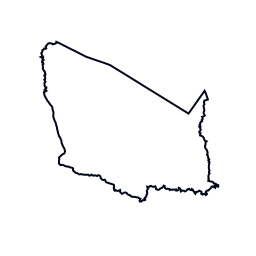 Dom Aquino, Mato Grosso, Brazil (Natural Earth projection), rotated 282°
{"feature_id": "56859067B91387591402310", "entity_name": "Dom Aquino", "entity_type": "district", "adm_level": 2, "iso_a3": "BRA", "parent_name": "Brazil", "parent_adm1": "Mato Grosso", "projection": "natural_earth1", "projection_center": [-54.834, -15.673], "detail": "fine", "context": "isolated", "style": "outline", "palette": "ink", "viewbox_px": 256, "rotation_deg": 282, "n_neighbors": 0, "source": "geoboundaries", "source_scale": "gbopen_adm2", "svg_char_len": 4932}
<svg xmlns="http://www.w3.org/2000/svg" viewBox="0 0 256 256"><g transform="rotate(282 128 128)"><path d="M147.3,39.0L146.3,38.6L145.3,38.3L144.1,38.9L143.0,39.4L142.1,39.9L141.2,40.6L140.3,41.4L139.2,42.5L138.1,43.2L137.1,44.6L136.3,45.5L135.6,46.1L134.9,46.9L134.3,47.6L133.7,48.6L132.7,49.5L131.6,50.0L130.5,50.4L129.7,50.8L128.9,51.2L128.0,51.7L127.0,52.1L125.8,52.2L124.6,52.3L123.7,52.5L122.1,53.4L121.0,54.0L119.9,54.7L118.4,55.9L117.4,56.5L116.0,57.1L115.2,57.5L114.4,58.1L113.5,58.5L112.6,58.7L111.9,59.1L111.0,59.6L110.1,59.9L108.1,60.9L106.9,61.6L105.8,62.1L104.3,63.8L102.8,64.6L101.7,65.5L100.6,65.9L99.7,66.1L98.9,66.6L98.2,67.2L96.7,68.1L95.8,69.0L94.7,69.9L93.7,70.5L92.8,71.0L91.8,71.2L90.7,71.2L89.4,70.6L88.8,69.5L84.7,66.6L83.9,67.2L82.4,67.2L81.2,67.3L80.0,67.8L78.9,67.8L77.7,69.7L78.2,71.2L78.3,72.1L78.0,73.5L77.6,74.9L77.6,76.3L77.9,77.4L77.5,78.8L77.5,79.9L77.5,80.9L77.4,82.1L76.8,82.8L75.5,82.9L74.4,83.8L74.0,85.0L73.5,85.7L73.1,86.5L73.3,87.7L72.8,89.1L72.5,90.3L73.1,91.5L73.1,92.5L73.1,93.5L73.2,94.9L73.4,96.0L73.6,97.2L74.1,98.5L73.4,99.7L73.7,101.0L74.8,101.8L74.5,102.8L74.1,103.9L74.6,104.8L74.8,106.3L74.6,107.7L75.4,108.3L75.7,109.8L75.1,110.8L74.3,111.4L73.1,111.9L72.6,112.7L72.1,113.5L72.0,114.6L72.6,116.1L71.5,117.1L70.5,117.6L70.2,118.9L70.3,120.1L69.9,121.3L70.0,122.7L69.7,124.2L69.7,125.2L69.3,126.1L67.8,126.6L66.3,126.5L65.4,127.1L64.5,127.3L64.0,128.1L64.8,128.4L64.3,129.7L64.3,130.8L64.9,132.3L65.6,133.2L64.6,133.4L63.7,133.7L63.0,134.7L62.4,135.8L63.0,136.8L64.0,137.7L64.4,138.8L64.2,140.1L63.3,141.0L62.8,142.2L62.7,143.2L62.6,144.1L61.9,144.8L61.7,145.9L61.6,147.2L62.1,148.7L62.0,150.0L62.0,151.2L62.2,152.1L61.6,153.4L61.4,154.8L60.3,154.5L59.2,154.4L58.6,154.9L58.8,156.2L59.7,156.8L60.6,157.6L60.7,158.9L61.2,159.8L62.1,159.6L62.6,158.7L63.5,159.2L64.6,160.0L65.8,160.2L66.7,159.9L67.8,160.5L68.9,160.2L69.9,159.6L71.1,159.6L72.3,160.1L73.4,159.6L74.5,159.1L74.2,160.6L75.5,161.2L76.1,162.6L75.6,164.3L75.9,165.6L76.7,166.7L75.9,167.4L75.0,167.7L74.1,168.1L73.8,169.7L73.9,170.9L74.8,171.6L76.1,172.9L76.8,173.9L77.9,174.7L79.0,174.9L78.9,175.9L77.8,176.1L77.0,176.7L76.4,178.0L76.8,179.7L76.9,181.2L76.0,181.7L76.7,182.8L76.7,184.0L77.2,184.9L77.3,186.3L77.9,187.7L76.8,188.2L77.3,189.7L78.3,190.1L79.1,190.2L80.0,190.1L79.8,191.1L78.9,192.2L77.8,192.4L76.9,193.0L77.9,193.8L78.2,195.0L78.2,196.0L77.8,196.9L78.3,197.7L79.3,198.4L80.5,199.0L80.5,200.0L81.2,200.5L80.4,201.9L80.5,203.2L81.5,203.2L81.1,204.3L80.0,205.0L79.4,205.6L79.4,206.6L78.3,206.7L77.7,207.6L78.8,207.8L79.9,208.6L80.4,209.9L81.5,210.6L81.2,211.9L80.9,213.0L80.1,213.5L78.9,213.3L78.4,214.6L79.3,216.0L79.3,217.4L78.6,218.0L79.7,219.0L80.6,218.4L81.4,217.3L82.4,217.6L83.2,218.3L83.5,219.5L84.7,220.2L86.2,221.5L87.4,221.7L88.1,222.0L88.5,223.0L87.9,223.8L88.3,225.0L89.1,224.7L89.9,225.2L88.7,225.8L89.4,226.9L89.4,228.4L90.8,228.2L91.0,226.8L91.7,225.3L91.5,223.4L92.6,222.7L93.0,221.2L92.9,219.9L92.8,218.8L93.0,217.5L94.1,217.9L94.9,217.2L95.9,217.4L97.0,216.7L98.3,216.6L99.6,216.8L100.4,217.2L101.4,216.4L102.4,216.2L103.2,216.6L104.3,216.0L105.3,215.5L106.9,215.1L108.1,215.0L109.6,214.9L110.6,214.9L111.2,214.1L111.9,214.6L112.8,214.0L113.3,213.2L114.3,213.9L115.0,213.0L116.3,212.3L117.3,212.0L118.3,210.8L119.4,211.2L120.3,211.0L121.7,210.4L123.0,209.5L123.6,208.8L124.2,208.0L125.4,207.4L126.8,207.0L127.8,207.3L129.1,207.0L130.2,207.0L131.3,207.6L131.3,206.2L132.0,205.4L132.9,204.8L134.2,204.1L135.0,203.1L135.6,201.5L135.7,200.0L136.9,199.8L137.9,200.1L138.4,198.7L139.4,198.6L140.7,199.4L141.6,199.4L142.7,198.7L144.0,197.6L144.5,198.6L145.4,198.1L145.9,197.3L147.0,197.7L147.8,197.5L148.7,198.1L149.7,198.3L150.1,199.1L151.2,198.5L152.2,199.1L153.5,198.8L154.3,198.2L155.2,199.6L156.2,200.5L158.0,199.0L159.1,198.7L160.1,199.0L161.1,199.0L163.2,198.2L165.4,197.2L166.9,197.8L167.8,197.5L169.0,196.9L170.6,197.0L172.5,200.2L177.9,197.0L180.3,195.2L154.7,184.2L156.2,180.0L164.0,158.2L164.8,156.0L171.5,137.2L179.6,114.8L183.5,103.8L185.8,97.4L186.0,96.0L186.3,94.3L188.2,78.5L188.6,75.5L188.9,72.5L190.7,65.8L191.1,64.5L191.4,63.1L192.2,60.4L193.3,55.8L195.3,48.4L196.7,43.2L197.4,40.0L196.1,40.1L195.2,39.0L194.2,37.1L194.8,36.3L194.7,35.3L194.7,33.8L194.2,32.4L192.7,31.7L191.5,31.0L190.5,30.5L189.0,31.5L188.3,31.0L188.2,29.3L187.1,29.0L186.1,28.0L185.3,28.4L184.3,28.2L183.2,27.6L182.5,28.0L181.5,28.7L180.5,29.6L179.8,28.8L179.3,28.0L179.0,29.0L179.1,30.3L177.7,30.0L177.1,31.3L176.3,31.0L175.4,30.0L174.2,30.4L174.0,31.5L173.1,32.0L172.1,31.3L171.1,31.7L170.1,32.2L168.5,32.2L167.5,32.9L166.7,33.9L165.9,34.4L165.4,35.3L164.1,35.5L163.0,36.2L161.9,35.2L161.0,36.1L159.8,36.6L158.7,36.8L158.0,36.1L157.0,36.8L156.1,37.6L155.0,36.9L153.7,37.2L152.3,37.5L151.3,38.3L150.6,38.8L150.7,39.7L149.7,39.8L149.0,39.0L148.2,39.3L147.3,39.0ZM147.3,39.0L147.2,40.2L146.5,39.5L147.3,39.0ZM88.7,225.8L88.3,225.0L87.8,225.7L88.7,225.8Z" fill="none" stroke="#020617" stroke-width="2"/></g></svg>